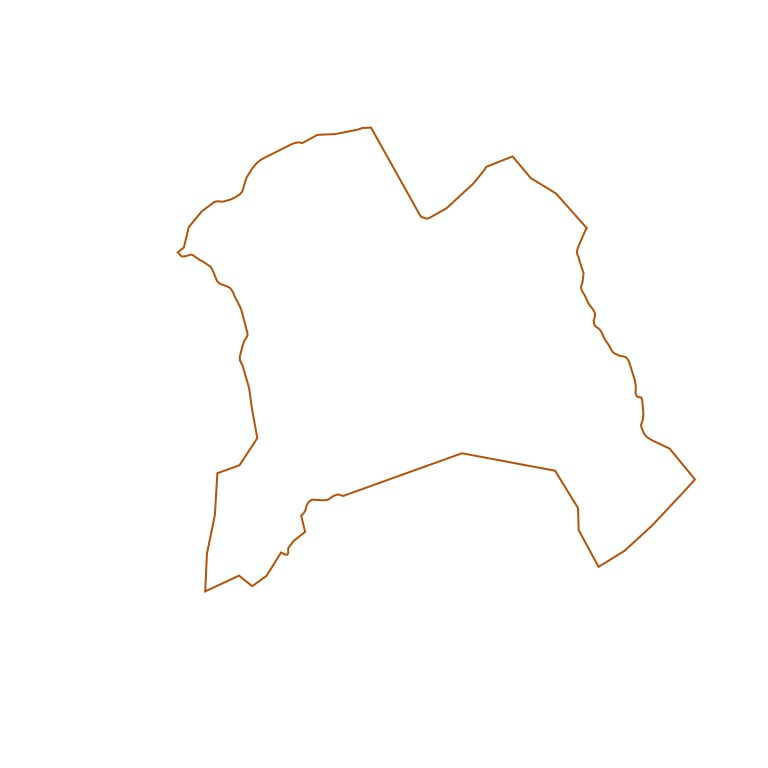 the Prefecture of Télimélé, rotated 335°
{"feature_id": "GIN-5660", "entity_name": "Télimélé", "entity_type": "Prefecture", "adm_level": 1, "iso_a3": "GIN", "parent_name": "Guinea", "parent_adm1": "", "projection": "equal_earth", "projection_center": [-13.393, 10.882], "detail": "fine", "context": "isolated", "style": "outline", "palette": "amber", "viewbox_px": 768, "rotation_deg": 335, "n_neighbors": 0, "source": "natural_earth", "source_scale": "10m", "svg_char_len": 2182}
<svg xmlns="http://www.w3.org/2000/svg" viewBox="0 0 768 768"><g transform="rotate(335 384 384)"><path d="M596.7,232.1L604.0,259.4L620.4,284.0L633.7,328.6L631.5,329.8L617.2,342.5L614.9,345.5L613.9,348.3L614.0,351.2L613.1,355.7L611.7,368.0L606.8,375.8L603.6,379.2L602.8,382.2L602.9,385.1L603.4,388.2L603.3,395.8L603.6,399.1L605.0,405.1L605.2,408.9L603.9,411.7L601.0,414.9L599.9,417.8L599.8,420.2L600.6,422.2L601.8,424.1L602.7,426.3L603.0,429.0L602.9,435.0L603.2,438.2L604.2,444.0L604.5,450.1L605.2,452.7L606.5,454.5L609.4,457.9L611.1,459.3L613.0,460.4L614.5,462.0L615.3,464.4L615.5,467.5L612.9,486.7L611.8,490.9L610.3,494.5L608.2,498.4L607.8,501.3L608.6,503.2L610.0,503.8L611.5,505.2L611.0,508.3L606.5,520.7L604.2,524.7L601.9,527.4L599.7,529.6L599.0,532.1L598.7,538.2L599.1,541.1L600.1,543.5L601.3,545.4L602.4,547.4L615.6,563.4L625.5,601.9L610.8,608.1L567.1,625.6L531.6,636.8L501.2,640.4L499.9,618.7L498.7,598.6L507.4,578.5L502.4,534.9L425.3,479.7L343.6,472.2L299.7,468.2L295.7,464.7L291.3,464.1L284.1,465.2L280.2,464.0L269.9,458.4L265.9,459.0L262.7,461.2L259.9,464.7L257.0,467.0L253.3,468.3L250.0,484.7L235.1,488.2L233.3,489.4L228.2,492.0L226.8,494.2L225.7,496.8L224.3,497.8L222.4,497.0L219.5,493.2L196.5,508.2L179.1,511.5L171.6,496.4L134.3,496.4L151.8,463.0L175.4,431.2L195.3,394.4L218.6,396.6L246.3,379.5L253.8,350.9L260.0,330.8L263.7,306.9L263.4,301.8L264.7,298.5L272.3,289.2L275.7,285.8L279.4,283.5L280.8,282.3L281.7,280.3L285.7,258.5L286.2,253.5L285.7,242.2L285.9,237.6L285.6,234.2L284.9,231.5L280.5,226.5L278.8,225.2L277.1,223.1L276.2,219.7L276.8,207.8L276.3,204.4L271.5,196.3L268.7,192.7L265.2,186.3L263.4,185.0L258.5,184.4L256.1,183.7L254.5,182.7L252.7,177.5L260.3,175.7L267.4,166.8L273.4,159.3L291.6,150.6L306.5,147.4L309.8,147.8L311.4,148.6L313.1,149.7L315.2,150.7L322.3,151.9L327.1,152.0L333.5,151.2L336.9,149.6L339.3,147.1L342.2,143.5L346.5,139.0L356.1,132.7L362.1,129.9L367.8,128.6L401.9,127.6L406.1,128.1L409.4,129.2L411.6,131.1L429.0,130.1L445.2,136.8L468.8,142.6L472.8,142.8L474.5,143.7L480.6,146.1L487.9,245.9L488.5,248.4L492.6,252.3L495.2,252.7L515.2,251.1L549.8,240.0L564.9,232.7L568.5,230.4L596.7,232.1Z" fill="none" stroke="#b45309" stroke-width="2"/></g></svg>